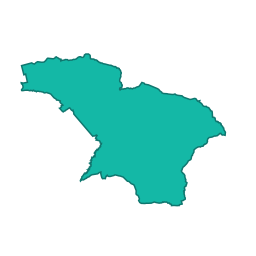 Ejura-sekyedumase, Ashanti, Ghana (Robinson projection), rotated 75°
{"feature_id": "2480657B28564915274944", "entity_name": "Ejura-sekyedumase", "entity_type": "district", "adm_level": 2, "iso_a3": "GHA", "parent_name": "Ghana", "parent_adm1": "Ashanti", "projection": "robinson", "projection_center": [-1.397, 7.385], "detail": "fine", "context": "isolated", "style": "filled", "palette": "teal", "viewbox_px": 256, "rotation_deg": 75, "n_neighbors": 0, "source": "geoboundaries", "source_scale": "gbopen_adm2", "svg_char_len": 5848}
<svg xmlns="http://www.w3.org/2000/svg" viewBox="0 0 256 256"><g transform="rotate(75 128 128)"><path d="M120.2,51.6L120.1,53.8L117.2,54.9L116.6,56.3L116.7,58.9L116.5,60.7L113.0,65.9L111.9,66.9L110.9,67.5L109.3,71.5L108.4,73.0L107.3,73.8L107.4,75.0L107.1,76.5L105.5,80.6L105.0,81.4L103.9,84.7L102.9,86.1L102.1,86.2L100.4,87.6L98.7,88.3L97.5,89.5L91.6,97.1L90.0,100.5L89.0,100.7L87.6,102.8L90.4,106.2L90.7,107.3L90.7,109.2L91.2,110.9L90.9,112.3L91.3,113.6L90.2,115.2L90.5,115.8L90.4,116.2L89.9,117.0L89.6,117.0L89.1,118.3L89.1,119.0L89.5,120.0L89.0,121.6L89.3,122.5L88.8,123.3L88.8,124.9L89.2,125.8L88.3,126.1L87.3,125.5L87.1,125.0L87.3,124.1L87.0,123.4L85.5,122.6L85.2,122.8L84.9,122.5L83.8,122.9L82.5,122.8L81.1,123.9L79.7,123.7L78.4,123.1L76.5,121.6L74.6,121.3L73.7,120.5L72.7,120.2L72.0,120.5L71.2,120.3L69.8,120.6L69.4,121.1L68.9,121.2L68.3,121.1L67.4,122.2L67.3,123.3L66.7,123.3L65.5,124.2L65.5,124.9L65.2,125.0L65.1,125.7L62.9,128.3L62.9,128.9L62.5,129.7L60.2,133.7L59.8,134.7L59.1,135.8L58.5,136.2L58.0,137.9L57.4,138.1L57.1,138.8L55.9,139.6L55.6,140.2L54.9,140.2L53.9,141.3L53.6,142.6L52.6,143.1L51.7,145.9L51.3,146.3L48.0,145.8L46.3,147.0L45.6,149.8L46.1,150.7L46.1,151.1L47.6,152.1L48.1,153.0L47.9,154.3L47.0,155.2L46.7,156.1L46.7,157.6L47.9,160.2L48.0,161.7L47.6,162.9L47.9,164.7L47.6,165.4L47.3,168.2L46.3,168.8L45.6,171.0L45.9,171.5L45.6,175.0L45.9,175.5L45.4,175.6L44.3,174.9L43.3,176.7L43.0,176.9L42.7,176.9L41.6,178.2L40.7,178.9L40.9,180.0L41.4,180.3L41.6,180.9L41.8,182.3L39.8,187.4L40.0,188.1L41.7,190.2L42.6,192.2L42.2,194.3L40.6,198.1L40.9,199.6L42.0,201.8L41.1,203.3L40.2,204.1L40.2,214.7L49.7,214.8L49.4,212.9L57.8,213.3L57.5,217.6L56.6,219.4L57.6,219.5L59.0,218.6L61.0,218.7L61.9,219.0L63.6,221.0L64.3,221.0L64.7,220.0L64.9,217.7L65.6,214.9L66.7,213.0L66.4,212.4L66.8,211.5L67.5,210.7L67.0,210.0L67.1,209.3L68.1,209.0L68.3,207.9L69.3,207.1L68.9,206.3L69.4,204.8L69.9,204.1L70.1,203.2L71.5,200.5L72.2,200.1L72.5,199.5L72.7,197.1L73.4,196.5L73.9,195.5L75.2,193.8L79.6,191.7L81.4,190.0L82.5,189.8L82.9,188.6L84.4,186.4L85.4,187.0L86.1,186.8L89.0,185.0L89.3,186.8L90.4,186.8L91.2,188.4L91.2,189.0L94.9,187.1L95.7,186.4L95.2,185.2L95.1,183.9L94.4,183.0L94.4,182.3L93.6,180.2L93.4,179.1L95.9,178.1L96.7,177.4L96.6,176.6L97.5,176.8L98.0,176.4L100.6,176.7L125.6,164.8L126.9,164.1L126.7,163.3L127.1,162.1L126.6,160.4L127.2,159.8L129.5,162.0L130.6,161.1L131.4,161.9L133.0,158.8L134.0,158.5L135.2,158.7L135.9,158.1L136.0,157.6L136.9,158.1L137.2,158.8L138.0,159.4L138.2,159.2L138.9,159.3L139.1,160.1L139.6,160.3L140.0,161.9L140.9,162.0L141.1,162.2L140.9,162.7L141.2,163.0L141.0,163.3L141.4,163.3L141.2,164.1L141.7,164.3L141.7,165.1L142.4,165.8L142.5,165.5L142.9,165.5L143.0,166.5L143.4,166.4L143.4,166.7L143.7,167.0L144.4,166.4L144.8,166.4L145.6,167.1L146.1,167.1L146.2,167.8L146.5,167.7L146.3,168.0L147.0,168.4L146.8,168.8L147.2,169.0L147.1,169.4L147.5,170.0L147.2,170.4L147.5,170.4L147.6,170.9L148.3,171.0L148.9,171.8L149.5,171.5L149.6,171.8L149.9,171.7L150.0,172.1L150.1,171.9L150.6,172.3L151.9,172.5L151.8,173.4L152.2,173.4L152.2,173.9L152.5,173.6L152.7,173.8L152.9,173.4L153.4,173.5L154.1,173.1L155.0,173.8L155.2,174.3L155.4,174.2L155.4,174.5L155.8,174.7L155.9,175.4L156.7,175.3L156.9,176.2L157.5,176.4L157.4,176.7L158.0,176.7L158.0,177.0L158.3,176.5L158.7,177.3L158.6,177.6L159.2,178.2L159.4,177.9L159.6,178.1L159.6,178.6L160.4,178.9L160.2,179.2L160.3,179.8L160.8,180.2L160.7,180.5L161.0,180.3L161.1,180.7L160.9,180.8L161.1,181.1L160.8,181.4L161.1,181.7L161.0,182.4L162.5,183.9L163.2,185.2L164.7,185.7L164.9,186.3L166.4,187.6L166.9,187.6L166.4,186.8L166.2,185.8L166.6,184.4L165.9,182.2L165.8,181.0L165.1,180.2L165.1,178.4L164.2,176.5L163.8,175.2L164.4,169.1L163.7,167.5L163.5,165.9L163.5,165.6L165.0,166.1L167.5,166.2L169.3,166.1L170.4,165.7L170.6,164.2L171.1,163.0L169.4,162.1L169.2,161.6L168.9,161.6L168.2,160.3L169.3,159.9L169.9,158.9L170.2,157.7L170.2,153.6L169.9,153.0L170.2,152.1L172.1,148.8L172.2,148.2L174.2,145.3L179.2,142.4L180.0,140.8L182.6,139.3L184.2,137.2L185.5,136.8L190.7,136.3L193.8,137.3L194.7,137.0L195.5,136.0L196.5,135.6L199.2,135.3L199.8,135.5L200.8,136.5L203.0,135.9L204.2,134.7L205.3,131.2L205.4,129.8L206.2,127.0L206.2,126.2L206.6,125.3L206.3,121.7L207.2,120.3L208.6,117.4L209.0,114.8L208.8,114.0L208.5,113.8L208.9,113.3L208.7,112.8L208.9,112.6L208.8,111.9L209.2,111.4L209.4,110.1L210.1,109.3L211.0,108.9L211.1,107.6L211.9,107.1L212.2,107.2L213.0,105.9L214.2,106.1L214.7,103.6L215.8,100.4L215.8,99.5L216.2,98.8L215.4,97.9L215.4,95.9L215.8,95.0L215.1,95.6L214.6,95.4L212.3,95.4L212.3,93.4L212.0,92.9L211.7,91.3L210.5,90.8L209.0,91.1L207.5,90.8L206.1,91.0L205.4,90.5L204.9,90.7L204.3,90.2L203.4,90.6L203.0,90.2L203.0,89.5L202.7,89.1L202.0,89.0L201.3,89.3L200.6,88.8L200.0,88.9L199.4,88.4L199.2,87.1L198.6,87.0L198.3,86.5L197.8,86.5L197.3,85.8L196.0,85.2L194.7,86.3L192.9,85.5L192.3,85.9L191.7,85.6L189.9,85.9L189.4,85.5L188.4,85.4L186.7,86.0L186.2,86.6L185.7,86.6L184.7,87.3L183.6,87.6L182.9,87.4L182.4,86.5L181.6,86.3L180.0,84.9L179.5,83.6L177.8,80.8L176.7,79.4L175.4,78.3L174.8,75.7L174.3,75.1L171.4,73.7L171.2,72.9L170.1,72.4L168.5,70.7L166.1,69.8L165.0,67.3L164.5,65.4L164.5,64.0L165.1,62.9L164.7,62.1L165.0,60.2L163.8,59.0L163.8,58.4L163.4,57.9L163.6,57.3L163.0,55.8L161.6,54.7L161.0,54.8L159.1,53.7L158.2,52.1L158.5,49.1L158.1,46.5L158.4,45.6L158.5,43.5L157.9,42.5L157.8,41.9L157.1,41.1L157.0,40.5L157.3,39.6L158.1,39.6L159.2,38.8L159.4,37.5L160.2,36.1L157.3,35.0L154.6,35.8L152.8,35.6L152.5,36.0L151.1,36.2L148.8,37.4L148.5,37.0L147.8,37.1L146.8,37.8L146.4,39.0L145.6,39.1L145.6,39.6L144.8,39.8L144.6,41.1L142.7,41.6L141.0,41.3L140.6,42.0L140.0,42.1L139.4,43.5L134.3,42.5L133.4,42.6L132.7,43.8L132.0,43.7L130.4,44.4L129.7,44.5L129.0,45.1L128.4,46.2L127.3,46.8L127.2,47.9L126.7,49.1L125.6,50.0L124.3,50.2L122.7,51.1L121.4,52.4L120.2,51.6Z" fill="#14b8a6" stroke="#0f766e" stroke-width="1.5"/></g></svg>